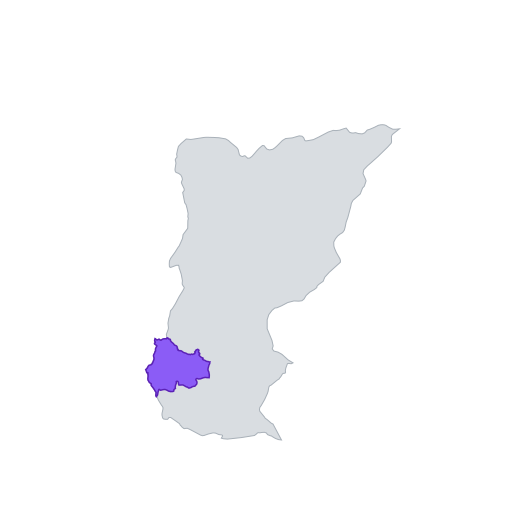 location of Ouham-Pendé within Central African Republic, rotated 305°
{"feature_id": "CAF-805", "entity_name": "Ouham-Pendé", "entity_type": "Prefecture", "adm_level": 1, "iso_a3": "CAF", "parent_name": "Central African Republic", "parent_adm1": "", "projection": "mercator", "projection_center": [16.39, 6.719], "detail": "fine", "context": "in_parent", "style": "filled", "palette": "violet", "viewbox_px": 512, "rotation_deg": 305, "n_neighbors": 0, "source": "natural_earth", "source_scale": "10m", "svg_char_len": 8398}
<svg xmlns="http://www.w3.org/2000/svg" viewBox="0 0 512 512"><g transform="rotate(305 256 256)"><path d="M346.0,196.8L350.2,197.9L351.0,199.3L349.8,203.5L350.6,206.2L353.0,208.5L355.4,209.4L357.8,210.0L365.8,211.4L369.2,212.9L373.6,218.0L379.2,222.5L380.5,224.9L380.3,227.1L378.6,229.8L378.9,230.9L381.4,233.5L384.3,236.3L389.7,239.3L399.0,244.1L403.2,247.2L404.6,249.6L407.0,252.3L410.3,254.7L412.5,256.5L411.0,261.7L411.5,263.4L412.3,264.9L414.2,266.9L415.0,269.6L416.9,272.9L419.2,274.4L423.0,274.9L425.0,276.5L429.2,279.1L433.3,281.3L435.0,282.9L436.1,284.3L437.0,285.9L437.5,287.5L437.6,291.0L438.3,295.4L440.5,298.4L442.5,300.6L434.2,298.1L433.0,298.0L431.5,298.4L427.2,301.6L425.8,302.0L420.3,301.3L407.1,298.8L397.0,296.4L393.9,295.6L388.5,294.8L384.9,296.4L381.5,302.0L380.6,303.1L375.3,304.7L372.8,304.3L366.6,305.8L357.2,303.5L353.8,303.9L351.2,305.1L344.4,307.6L340.3,309.1L335.5,310.4L330.9,312.4L327.9,313.5L324.9,313.5L322.2,312.3L319.2,311.4L315.7,311.2L312.0,311.7L308.9,314.0L307.6,315.5L304.9,319.8L301.7,326.6L300.4,328.0L299.3,328.7L284.5,325.3L278.1,324.5L273.8,325.5L268.4,323.6L266.1,323.3L265.0,323.9L262.0,323.0L257.1,320.7L252.4,319.7L248.2,320.0L245.7,319.3L243.6,317.0L240.9,312.8L236.1,308.7L229.7,305.4L225.7,302.9L224.1,301.2L220.6,300.3L215.3,300.1L210.2,301.7L202.8,306.9L196.0,317.5L192.2,321.6L189.2,322.6L188.4,325.2L189.9,329.2L190.3,333.9L189.3,341.9L189.7,347.6L188.0,346.7L186.5,344.0L185.8,343.5L181.3,344.7L178.9,345.8L177.7,346.9L176.7,347.0L175.3,345.5L174.2,345.3L172.4,345.5L170.6,345.5L169.5,345.3L168.7,345.5L166.6,344.6L158.8,342.4L157.5,341.6L156.0,341.7L151.9,343.6L149.8,344.2L143.4,345.4L136.6,346.0L134.0,346.0L132.2,346.9L131.0,348.1L128.9,355.4L128.3,356.7L128.4,358.5L127.8,364.4L128.1,366.3L119.9,382.4L118.5,379.7L117.7,376.6L117.4,372.9L117.5,372.0L117.0,370.9L116.3,367.9L117.0,366.0L116.4,364.0L114.9,362.1L113.4,360.6L112.6,359.2L111.9,358.7L110.3,358.4L108.1,357.7L99.0,348.3L89.6,337.6L87.6,334.1L86.9,332.1L89.2,331.9L89.8,331.5L89.8,330.6L88.4,327.9L87.7,324.4L86.5,322.3L82.8,319.0L79.3,316.5L78.1,315.2L77.5,313.4L76.1,301.9L75.5,298.6L74.4,297.2L73.6,296.5L73.3,295.7L73.4,293.6L73.9,291.8L73.9,291.1L74.8,289.5L74.8,278.8L73.7,277.3L71.6,277.3L70.4,275.7L69.5,273.8L69.8,272.4L71.8,270.2L73.2,269.3L77.2,267.6L78.4,266.8L79.1,265.7L79.5,264.3L81.9,258.8L85.4,253.3L86.9,252.2L90.4,244.1L91.2,242.0L91.8,240.0L92.9,238.3L96.8,235.6L99.7,230.8L102.8,231.0L106.0,231.8L110.2,232.2L113.4,231.2L115.5,229.4L125.5,226.1L126.2,223.5L127.8,222.2L129.7,221.0L130.3,220.8L130.4,221.7L131.5,224.4L133.8,227.0L137.2,230.0L138.1,229.8L140.2,227.6L145.4,226.2L146.8,225.6L150.5,222.4L154.9,220.3L157.5,219.6L162.0,217.4L165.2,217.7L170.4,217.4L179.0,216.3L185.2,216.0L188.3,215.6L189.1,215.2L190.3,212.1L191.3,211.2L193.6,209.9L198.2,205.2L201.2,201.2L202.1,199.8L202.7,199.5L204.0,197.9L202.7,196.1L197.6,192.6L197.7,192.2L197.4,191.6L197.7,191.1L199.6,189.6L202.2,188.0L205.1,187.4L212.4,187.5L218.6,187.2L220.1,187.3L225.0,186.4L228.3,185.7L231.7,184.0L239.5,184.2L245.9,179.9L247.8,179.1L248.6,178.4L248.8,177.8L251.9,176.0L255.2,172.5L257.9,169.3L258.7,167.1L266.0,159.5L268.5,159.6L269.8,158.7L272.7,153.6L273.6,152.6L276.6,151.8L278.0,150.2L279.2,148.0L279.3,145.2L278.7,143.0L278.7,141.9L279.4,140.9L280.6,139.9L286.1,137.2L287.5,135.8L288.4,134.7L289.9,134.4L291.6,134.6L292.7,133.8L293.9,132.6L297.8,130.9L301.3,129.6L305.1,130.1L311.9,131.8L313.9,135.5L314.9,136.7L323.2,145.3L324.9,147.4L329.0,153.6L331.6,157.8L334.5,163.9L334.8,167.2L334.4,170.0L333.8,177.9L333.0,180.2L329.3,184.5L329.2,186.5L329.9,188.1L331.1,188.7L331.8,189.5L331.3,193.2L332.7,194.7L335.4,195.6L342.4,196.3L346.0,196.8Z" fill="#d9dde1" stroke="#a8b0b8" stroke-width="1"/><path d="M130.4,220.7L130.4,221.0L130.5,221.2L130.4,221.5L130.3,222.4L130.4,222.9L130.7,223.3L131.2,223.7L131.5,223.8L131.8,223.9L132.0,224.0L132.4,224.6L132.3,225.0L132.2,225.2L132.2,225.6L132.3,226.2L132.6,226.6L133.7,226.9L134.4,227.2L135.0,227.7L136.1,228.9L136.7,230.0L137.1,230.3L137.8,230.2L138.0,230.1L138.3,230.8L138.2,230.9L138.0,231.9L138.0,232.2L138.1,232.4L138.4,232.8L138.5,233.1L138.5,233.4L138.5,233.6L138.4,233.8L138.2,234.0L137.8,234.2L137.7,234.3L137.6,234.5L137.5,234.8L137.4,235.1L137.4,235.3L137.2,235.6L137.1,235.9L137.1,236.2L136.9,238.3L136.9,238.6L136.4,239.9L136.3,240.3L136.3,240.5L136.5,241.1L136.6,241.4L136.7,242.1L136.7,242.4L136.7,242.6L136.5,243.3L136.4,243.4L136.3,243.5L135.9,243.8L135.8,244.0L135.6,244.4L135.5,244.6L135.4,244.6L135.1,244.7L134.9,244.7L134.8,244.8L134.7,245.0L134.7,245.7L134.7,245.8L134.4,245.9L134.4,246.0L134.2,246.2L134.1,246.3L134.2,246.5L134.3,246.8L134.3,247.2L134.4,247.4L134.5,247.6L134.8,247.8L135.0,248.2L135.1,248.8L135.2,249.0L135.4,249.2L135.4,249.4L135.5,249.5L135.4,251.6L135.5,252.3L135.6,252.7L136.0,253.8L136.3,254.9L136.3,255.9L136.5,256.7L136.6,257.1L136.9,257.2L137.0,257.3L137.2,257.6L137.4,258.5L137.5,258.8L137.8,259.0L138.3,259.1L138.5,259.2L138.6,259.4L138.7,259.7L139.0,260.4L139.0,260.5L139.3,260.8L139.8,260.9L139.9,261.0L140.0,261.1L140.1,261.3L140.3,261.5L140.5,261.6L140.9,261.7L141.0,261.8L141.2,261.7L141.4,261.6L141.6,261.6L141.9,261.6L142.0,261.5L142.0,261.4L142.1,261.1L142.2,260.9L142.3,260.8L142.6,260.9L142.7,261.0L142.9,261.0L143.1,260.9L143.3,260.9L143.5,260.9L143.6,261.0L143.8,261.0L144.1,261.0L144.4,260.8L144.5,260.8L144.8,260.9L145.0,261.0L145.3,261.3L145.5,261.4L145.8,261.5L146.1,261.7L146.2,261.9L146.2,262.1L146.2,263.0L146.1,263.3L145.9,263.4L145.7,263.4L145.4,263.3L145.0,263.5L144.8,263.7L144.6,264.1L144.4,264.2L144.2,264.2L144.0,264.4L143.9,264.7L144.0,264.9L144.1,265.2L144.1,265.3L144.0,265.5L143.9,265.6L143.8,265.9L143.7,266.0L143.4,266.0L143.1,266.2L142.9,266.2L142.7,266.0L142.4,266.0L142.2,266.2L142.1,266.3L142.0,266.6L141.9,266.9L141.8,267.2L141.8,267.7L141.7,268.2L141.6,269.2L141.7,270.1L141.7,270.3L141.8,270.5L142.0,270.8L142.0,271.0L141.7,271.4L141.5,271.5L141.4,271.5L141.1,271.4L140.8,271.5L140.7,271.8L140.7,272.0L140.9,273.1L141.1,273.5L141.2,273.9L141.2,274.3L141.2,274.5L141.4,276.1L141.5,276.4L141.6,276.6L141.8,276.8L142.0,277.0L142.1,277.4L142.2,277.6L142.3,278.2L142.5,278.7L142.8,279.0L142.1,279.3L141.8,279.5L141.5,279.7L141.3,279.8L139.7,280.0L136.2,281.3L135.0,282.1L134.5,282.8L134.0,283.8L133.5,284.3L131.9,285.9L130.4,286.9L129.4,287.4L128.9,286.5L128.3,285.7L127.6,284.3L127.2,283.8L125.8,282.5L123.7,281.1L122.8,280.1L122.3,279.5L122.1,279.0L122.0,278.5L121.8,277.9L121.4,277.6L121.0,277.5L120.5,277.5L120.2,277.6L120.0,277.9L119.4,279.3L119.1,279.7L118.7,280.1L118.2,280.4L117.6,280.7L117.0,280.9L116.4,280.9L115.8,280.7L115.3,280.7L114.7,280.7L114.4,280.6L114.1,280.4L113.2,279.4L112.4,278.9L111.8,278.5L111.1,278.3L110.8,278.1L109.6,277.1L109.3,276.7L109.2,276.3L109.3,275.1L109.2,274.9L108.9,274.2L108.8,273.7L108.6,271.1L108.5,270.4L108.2,269.7L107.6,268.9L106.7,267.8L106.3,267.2L106.1,266.8L106.3,266.6L106.5,266.2L108.1,264.7L108.4,264.2L108.4,263.7L108.1,263.2L107.7,262.8L107.4,262.7L107.3,262.8L107.2,262.9L107.1,263.0L106.9,263.1L106.4,263.5L106.1,263.7L104.0,264.2L102.2,265.1L101.7,265.5L101.4,265.9L100.8,265.8L100.5,265.7L99.7,265.4L99.0,265.6L98.5,266.0L98.1,266.1L97.4,265.7L96.7,264.9L95.9,263.8L95.9,263.6L95.9,263.4L95.8,263.1L95.5,262.8L95.4,262.7L95.3,262.2L95.2,261.8L95.1,261.5L95.1,261.2L95.1,260.5L94.8,259.1L94.7,258.7L94.5,258.1L94.0,257.4L93.2,256.5L91.6,255.1L91.3,254.8L91.2,254.6L91.3,253.9L91.3,253.5L91.2,253.2L90.9,253.0L88.2,253.9L86.1,254.9L85.9,255.0L85.5,255.1L84.7,255.1L84.1,255.0L83.6,255.0L83.9,254.3L84.3,253.9L84.8,253.6L86.5,252.7L86.9,252.4L87.1,252.0L87.6,250.7L88.2,249.5L89.1,247.0L89.6,245.2L89.8,244.6L90.1,244.1L90.4,244.0L91.0,243.7L91.3,243.4L91.3,243.1L91.2,241.4L91.2,241.1L91.4,240.8L91.8,240.1L92.3,238.8L93.0,238.2L93.4,237.8L95.6,236.6L96.9,235.6L97.1,235.4L97.3,234.9L97.5,234.7L98.2,234.7L98.3,234.6L98.4,234.3L97.8,233.7L97.9,233.3L99.5,231.2L99.7,230.8L100.7,231.1L101.7,231.2L103.8,230.9L105.1,231.0L106.6,232.4L107.7,232.7L108.7,232.7L112.5,231.8L113.0,231.6L113.9,231.0L114.3,230.6L115.0,229.7L115.4,229.3L115.9,229.0L116.5,228.8L118.3,228.6L119.3,228.2L120.0,228.2L120.6,228.2L121.1,227.8L122.1,227.0L122.7,226.8L125.3,226.4L125.6,226.2L125.7,225.8L125.7,223.8L125.9,223.2L126.3,222.9L126.6,222.9L126.9,223.0L127.2,223.1L127.6,223.0L127.8,222.8L128.1,222.0L128.3,221.7L128.8,221.3L129.3,221.1L130.4,220.7Z" fill="#8b5cf6" stroke="#5b21b6" stroke-width="1.5"/></g></svg>